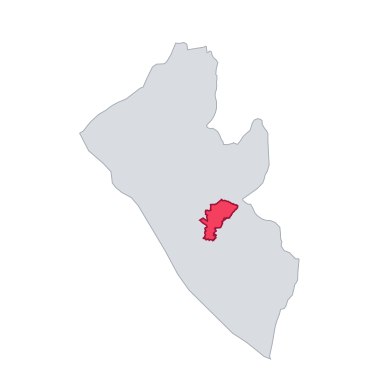 Gbi & Doru, Nimba, Liberia shown in context, rotated 13°
{"feature_id": "62588387B4230579459991", "entity_name": "Gbi & Doru", "entity_type": "district", "adm_level": 2, "iso_a3": "LBR", "parent_name": "Liberia", "parent_adm1": "Nimba", "projection": "natural_earth1", "projection_center": [-8.931, 6.127], "detail": "fine", "context": "in_parent", "style": "filled", "palette": "rose", "viewbox_px": 384, "rotation_deg": 13, "n_neighbors": 0, "source": "geoboundaries", "source_scale": "gbopen_adm2", "svg_char_len": 5551}
<svg xmlns="http://www.w3.org/2000/svg" viewBox="0 0 384 384"><g transform="rotate(13 192 192)"><path d="M69.3,160.0L72.4,156.9L77.1,147.0L83.6,137.4L89.7,131.7L94.5,125.9L99.6,121.4L106.9,116.2L118.1,102.5L120.7,100.9L122.5,91.4L125.3,79.3L128.5,75.5L136.1,73.3L137.9,71.2L140.6,62.7L142.3,52.7L142.5,50.6L145.5,50.3L150.6,48.2L153.6,49.1L154.9,52.0L155.6,54.4L171.1,48.2L172.4,46.9L173.2,47.1L175.2,52.7L176.3,52.4L177.2,50.8L178.3,50.6L179.5,51.4L180.7,54.0L182.7,56.3L186.0,58.0L188.1,60.2L187.9,66.2L188.7,72.0L190.2,73.3L190.9,76.8L191.3,80.6L192.1,82.6L192.7,86.4L192.4,90.6L193.0,93.5L195.5,98.4L197.0,104.7L197.0,109.2L196.1,113.9L194.5,118.2L191.6,122.9L191.4,124.7L193.1,125.9L195.7,126.2L197.9,125.2L203.3,127.3L206.2,130.4L208.7,134.2L211.0,136.2L212.0,138.6L215.9,137.9L220.5,135.6L221.4,134.5L222.7,135.1L225.7,135.3L227.7,131.2L229.3,126.4L232.9,121.2L234.6,119.2L235.0,115.9L235.2,111.6L236.5,107.9L239.4,105.8L242.5,105.8L244.2,106.6L245.1,110.2L247.6,112.9L249.7,114.8L250.9,115.6L252.7,117.7L254.4,125.0L261.1,148.4L260.7,154.8L259.4,159.1L259.4,163.2L258.9,167.3L254.8,174.0L242.8,187.6L243.7,188.8L246.6,190.4L249.5,191.2L251.9,190.8L255.0,194.2L258.2,198.5L261.7,200.7L266.7,202.7L271.0,202.9L274.7,202.2L279.9,203.0L285.5,206.6L287.5,212.4L288.8,217.5L290.7,220.1L291.0,224.6L295.0,228.4L300.6,229.2L307.9,233.8L309.8,233.5L310.6,233.0L311.5,233.8L313.3,247.0L314.7,254.0L314.0,256.8L313.0,259.0L313.0,269.6L309.7,275.7L309.1,282.4L308.2,284.6L304.7,286.5L304.6,291.7L303.7,297.9L303.3,304.5L304.3,321.8L304.5,334.6L306.1,337.1L299.2,336.0L279.0,326.2L263.4,320.5L211.2,288.3L196.7,275.4L179.9,256.2L142.8,217.5L134.3,211.2L123.6,208.2L117.0,204.9L112.4,201.3L108.6,190.6L99.3,184.2L82.1,175.1L69.3,160.0Z" fill="#d9dde1" stroke="#a8b0b8" stroke-width="1"/><path d="M239.6,195.1L239.2,194.9L238.6,195.0L238.3,194.6L237.8,194.7L237.4,195.0L237.1,194.8L236.2,194.6L235.7,194.6L235.2,194.5L234.8,194.2L234.4,194.6L234.2,194.5L233.8,194.3L232.9,194.4L232.3,193.9L231.7,193.6L231.4,193.6L230.6,193.7L230.1,193.2L229.7,193.0L228.5,193.2L227.3,193.1L227.2,193.0L226.6,193.1L226.1,192.9L225.9,192.8L224.3,193.4L223.7,193.7L223.3,193.5L223.2,193.0L222.4,192.7L222.4,192.8L221.8,193.7L221.5,194.0L220.7,195.2L220.4,195.5L219.0,197.4L218.6,197.9L218.0,198.4L217.4,198.6L217.2,199.0L215.0,199.5L214.8,199.5L212.9,200.1L213.0,200.4L213.6,201.9L213.7,202.9L213.8,203.9L213.8,204.5L214.3,204.6L214.6,205.4L213.3,206.3L212.9,206.5L211.8,206.4L211.3,206.3L211.2,206.3L211.1,206.5L209.5,206.8L209.5,207.1L209.5,207.8L209.5,208.4L209.7,208.8L210.0,209.0L210.1,209.6L210.2,209.9L210.2,210.7L210.8,210.9L211.5,211.1L212.2,211.1L212.1,211.5L211.8,212.7L211.8,212.8L211.9,213.0L212.0,213.2L212.3,213.7L212.4,213.8L212.8,214.7L213.2,215.1L213.3,215.2L213.3,216.0L213.4,216.5L213.4,216.8L210.7,215.8L209.9,215.5L208.7,214.9L208.1,215.5L207.1,216.5L205.9,217.7L206.2,217.8L206.6,218.0L206.8,218.1L209.2,219.6L209.3,219.6L213.4,221.1L213.5,221.1L214.1,221.9L214.6,222.7L214.2,223.2L213.8,223.5L213.7,223.6L213.4,223.6L213.1,223.8L212.9,224.4L212.8,225.0L213.3,225.5L213.5,225.7L213.7,226.4L213.9,226.5L214.4,226.7L214.5,226.8L214.4,227.1L213.9,227.3L213.7,227.3L213.6,227.7L213.5,228.4L213.8,229.4L214.3,229.9L214.7,230.4L214.7,230.7L214.7,230.8L214.7,231.1L214.7,231.3L214.3,232.2L214.3,233.1L214.0,233.7L213.4,234.3L213.6,234.7L214.0,234.6L214.8,233.6L215.2,234.4L215.3,234.7L215.9,234.6L216.0,234.6L216.3,235.4L216.6,235.3L218.1,234.6L218.1,234.4L218.2,234.1L218.6,234.1L219.6,235.2L220.1,234.6L220.4,234.4L220.8,234.2L221.2,234.2L222.5,234.3L223.0,234.8L223.3,234.7L223.5,234.6L223.5,234.3L223.5,234.0L223.5,233.9L223.9,233.8L224.0,233.7L223.9,233.4L224.1,233.2L224.1,232.8L224.4,232.8L224.6,232.9L224.6,232.4L225.6,231.3L225.6,231.2L224.9,230.9L224.7,230.8L224.6,230.0L224.8,229.8L225.1,229.6L225.3,229.0L225.3,228.7L225.1,228.7L224.8,228.9L224.1,228.8L224.0,228.6L224.3,228.5L224.6,228.4L224.5,228.2L223.7,228.0L223.4,228.3L223.4,228.8L223.3,229.2L223.0,229.4L222.9,229.4L222.7,229.3L222.7,229.0L222.7,228.6L222.8,228.4L222.8,227.9L222.6,227.8L222.4,227.7L222.3,227.2L222.8,226.7L223.0,226.4L223.2,226.1L223.2,225.9L223.4,225.5L223.5,225.1L223.7,224.7L223.8,224.5L224.1,224.6L224.3,224.6L224.3,224.4L224.1,224.2L223.8,224.0L223.4,223.7L223.0,223.2L222.8,222.8L222.8,222.7L222.7,222.4L222.3,222.3L222.4,222.0L222.5,221.9L222.9,221.8L223.1,222.0L223.3,222.1L223.4,221.8L223.4,221.7L223.4,221.4L223.7,221.4L224.2,221.4L224.7,221.3L224.9,221.2L225.2,221.1L225.4,221.0L225.7,221.0L226.1,220.9L226.6,220.7L226.9,220.6L227.7,220.3L227.8,220.2L228.0,219.4L228.2,218.7L228.3,218.3L228.4,217.9L228.5,216.3L228.4,216.2L228.5,216.1L228.8,216.0L228.6,215.2L228.3,214.9L228.1,214.4L228.0,214.2L228.3,214.1L228.5,214.5L228.7,213.6L228.8,213.1L228.8,212.8L228.9,212.7L229.2,212.5L229.4,212.5L229.5,212.5L229.6,212.1L229.3,211.8L228.9,211.7L228.9,211.4L229.2,210.5L229.3,210.7L229.5,211.0L229.6,211.3L229.8,211.3L230.0,211.2L230.4,211.0L230.5,211.1L230.9,209.9L231.1,209.6L231.5,209.3L231.6,209.6L231.8,209.9L232.0,209.7L232.3,209.5L232.4,209.4L232.5,209.3L232.8,209.1L233.8,209.2L233.9,208.8L234.0,208.6L234.5,208.5L234.5,208.2L234.5,207.7L234.7,207.1L234.9,206.9L235.2,206.3L235.3,206.2L235.5,205.9L235.5,205.5L235.3,205.1L235.6,204.8L235.7,204.6L235.8,204.6L236.1,203.2L236.4,202.8L236.6,202.5L236.7,202.4L236.9,202.0L237.6,201.1L237.8,200.6L238.1,199.6L238.1,199.4L238.2,199.2L238.3,199.1L238.5,199.2L238.8,199.1L239.3,198.4L239.5,197.8L239.5,197.7L239.8,197.0L239.8,196.5L239.7,195.7L239.6,195.1Z" fill="#f43f5e" stroke="#9f1239" stroke-width="1.5"/></g></svg>